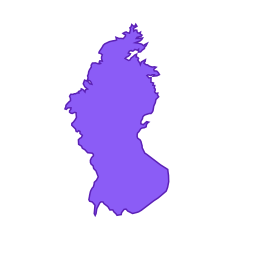 the district of Maquiné, Rio Grande do Sul, Brazil, rotated 33°
{"feature_id": "56859067B70278380109864", "entity_name": "Maquiné", "entity_type": "district", "adm_level": 2, "iso_a3": "BRA", "parent_name": "Brazil", "parent_adm1": "Rio Grande do Sul", "projection": "natural_earth1", "projection_center": [-50.244, -29.624], "detail": "fine", "context": "isolated", "style": "filled", "palette": "violet", "viewbox_px": 256, "rotation_deg": 33, "n_neighbors": 0, "source": "geoboundaries", "source_scale": "gbopen_adm2", "svg_char_len": 3480}
<svg xmlns="http://www.w3.org/2000/svg" viewBox="0 0 256 256"><g transform="rotate(33 128 128)"><path d="M183.9,141.1L175.2,141.2L158.0,139.9L155.7,139.9L150.6,136.8L149.5,135.2L148.1,134.0L146.3,132.3L144.7,131.4L141.7,131.3L140.4,130.3L139.3,128.6L138.7,127.0L139.1,125.1L139.1,121.7L139.8,120.4L141.6,118.8L142.6,117.1L141.6,115.1L141.7,113.2L142.2,111.8L140.2,112.5L138.9,117.0L136.4,117.4L135.2,115.3L135.1,112.4L134.4,110.8L134.5,109.2L135.1,107.8L137.9,104.3L139.4,103.3L139.7,101.8L139.6,100.0L138.3,97.0L137.7,95.7L137.1,91.9L135.9,88.9L136.7,85.1L134.6,84.2L134.0,82.5L132.5,83.8L130.6,83.2L130.3,81.6L129.6,80.5L128.2,80.2L127.3,77.8L125.6,78.6L124.9,76.4L122.3,77.1L120.0,73.3L118.3,74.6L115.3,73.7L116.0,72.4L118.8,71.5L119.2,70.2L121.0,69.1L120.9,70.8L123.9,68.4L125.3,66.1L123.2,65.1L121.1,64.6L118.9,65.8L117.6,64.8L118.5,61.7L117.0,62.2L115.1,63.7L112.4,64.5L110.0,64.4L108.6,65.1L106.0,64.9L106.1,62.8L105.4,61.2L103.2,65.4L103.8,68.1L102.7,67.2L99.2,65.7L99.0,63.9L97.6,63.5L96.1,64.0L95.0,61.3L93.8,63.4L93.5,65.0L92.5,67.5L92.6,69.9L91.8,71.0L87.7,71.3L87.9,69.8L89.0,68.0L89.7,66.0L89.6,64.4L87.4,65.0L87.3,62.8L88.4,61.3L89.6,61.3L90.5,60.4L91.0,58.4L93.6,57.6L94.0,56.3L95.4,58.7L97.1,57.3L97.5,54.9L98.5,52.4L97.9,51.2L98.3,49.2L98.0,46.5L96.7,48.8L96.1,50.5L93.8,50.2L90.7,51.2L87.6,52.6L89.4,50.0L90.7,48.5L91.3,46.2L91.2,44.6L89.5,46.2L86.2,48.4L86.2,47.0L88.0,45.0L89.0,44.3L89.2,42.5L87.0,42.5L86.3,40.9L85.7,42.3L84.4,42.9L83.2,42.4L82.1,41.1L80.7,41.9L80.1,43.6L78.3,41.5L80.1,37.8L78.0,36.8L78.3,38.7L77.1,39.6L74.8,39.2L75.5,41.6L75.0,42.9L76.5,44.1L77.6,47.6L75.5,48.4L74.2,48.4L73.3,49.4L72.2,51.4L73.4,51.5L75.2,51.2L75.8,52.4L75.4,55.6L73.1,56.8L71.7,57.8L68.5,58.5L70.5,60.3L69.7,61.5L67.8,63.2L65.4,65.7L62.7,70.1L62.2,72.1L62.4,74.6L62.3,79.6L62.7,80.9L64.8,80.4L66.6,80.6L67.1,82.8L67.9,84.1L70.0,85.9L68.8,86.4L67.7,87.1L68.0,88.6L69.8,88.9L68.9,89.9L67.3,90.6L65.3,91.1L62.8,92.9L62.9,95.4L64.0,96.8L64.0,100.0L64.4,102.3L65.4,104.4L65.7,106.3L67.3,107.8L67.7,109.6L70.5,109.2L72.0,109.7L73.9,111.0L72.0,111.7L68.9,110.8L65.5,111.5L65.9,113.3L66.4,115.3L69.5,117.0L72.9,117.3L71.5,119.2L72.3,121.2L69.2,120.3L67.5,120.6L68.1,122.2L66.6,124.4L67.7,125.3L66.3,126.2L65.3,127.9L64.3,128.5L63.6,129.7L61.6,130.9L61.7,133.2L63.5,134.4L64.9,136.4L64.3,138.1L63.8,140.7L63.6,142.7L64.3,144.1L64.7,146.3L66.1,146.0L66.7,143.8L69.2,142.1L69.9,143.6L69.6,145.3L70.3,146.5L71.8,146.7L73.3,146.2L74.8,143.9L76.2,143.5L77.2,145.0L79.0,147.2L79.2,149.7L79.0,152.7L78.4,154.7L79.3,156.3L84.5,157.4L86.4,159.1L87.7,158.7L88.0,157.2L89.6,157.0L90.7,158.7L93.7,159.0L94.1,161.4L93.3,162.8L92.8,164.9L95.5,168.6L98.9,168.5L100.7,169.8L103.8,169.7L107.6,170.7L111.7,168.6L113.3,169.0L114.1,170.1L113.6,172.7L114.0,175.5L115.3,177.4L116.8,178.4L119.3,178.7L121.3,180.7L124.5,181.4L129.7,185.2L130.0,188.9L129.3,191.9L130.1,193.4L131.0,196.2L130.7,198.1L130.9,200.6L131.2,202.0L132.5,205.4L133.1,206.7L134.2,209.4L135.7,210.3L137.0,209.9L138.5,209.5L142.4,210.8L146.3,218.2L148.1,219.2L147.8,217.2L145.8,212.7L145.4,209.1L145.1,206.2L145.6,204.6L147.3,203.7L149.0,204.5L153.9,204.9L157.5,206.6L158.7,205.7L159.9,205.0L161.8,206.0L164.6,206.5L166.3,207.2L169.5,204.3L168.7,202.6L169.0,198.4L170.5,197.1L173.0,197.8L178.4,197.2L181.3,194.1L182.6,192.5L184.0,189.7L185.0,186.9L189.3,174.9L191.3,170.4L192.4,166.9L194.4,160.2L194.1,158.7L193.5,156.1L191.4,150.9L187.8,145.7L185.7,143.3L183.9,141.1Z" fill="#8b5cf6" stroke="#5b21b6" stroke-width="1.5"/></g></svg>